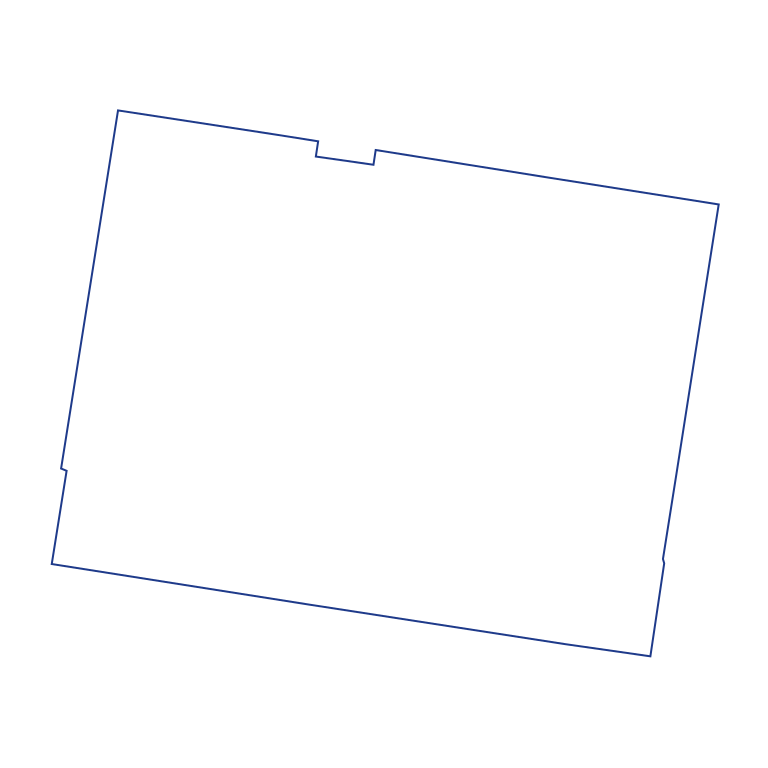 Reno, Kansas, United States of America (Equal Earth projection), rotated 9°
{"feature_id": "52423323B74364898088974", "entity_name": "Reno", "entity_type": "district", "adm_level": 2, "iso_a3": "USA", "parent_name": "United States of America", "parent_adm1": "Kansas", "projection": "equal_earth", "projection_center": [-98.045, 37.953], "detail": "fine", "context": "isolated", "style": "outline", "palette": "blue", "viewbox_px": 768, "rotation_deg": 9, "n_neighbors": 0, "source": "geoboundaries", "source_scale": "gbopen_adm2", "svg_char_len": 388}
<svg xmlns="http://www.w3.org/2000/svg" viewBox="0 0 768 768"><g transform="rotate(9 384 384)"><path d="M512.8,154.4L339.2,154.2L339.3,169.1L281.1,170.0L281.0,154.6L237.9,154.6L78.5,155.4L78.3,518.0L84.1,519.4L84.0,613.8L343.8,613.6L603.4,612.6L689.7,611.3L688.8,517.3L686.9,513.2L686.9,427.5L686.6,260.0L686.5,154.3L512.8,154.4Z" fill="none" stroke="#1e3a8a" stroke-width="2"/></g></svg>